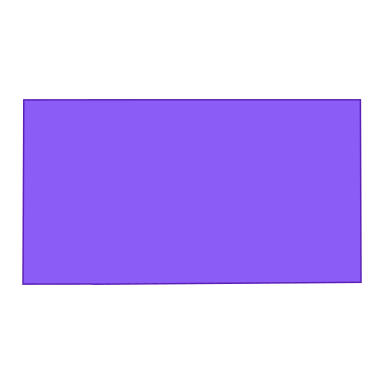 Jerauld, South Dakota, United States of America (Robinson projection)
{"feature_id": "52423323B74186214506523", "entity_name": "Jerauld", "entity_type": "district", "adm_level": 2, "iso_a3": "USA", "parent_name": "United States of America", "parent_adm1": "South Dakota", "projection": "robinson", "projection_center": [-98.691, 44.066], "detail": "fine", "context": "isolated", "style": "filled", "palette": "violet", "viewbox_px": 384, "rotation_deg": 0, "n_neighbors": 0, "source": "geoboundaries", "source_scale": "gbopen_adm2", "svg_char_len": 220}
<svg xmlns="http://www.w3.org/2000/svg" viewBox="0 0 384 384"><path d="M151.6,99.8L23.8,99.9L23.0,284.1L90.7,284.0L94.5,284.2L361.0,282.3L360.4,99.8L151.6,99.8Z" fill="#8b5cf6" stroke="#5b21b6" stroke-width="1.5"/></svg>